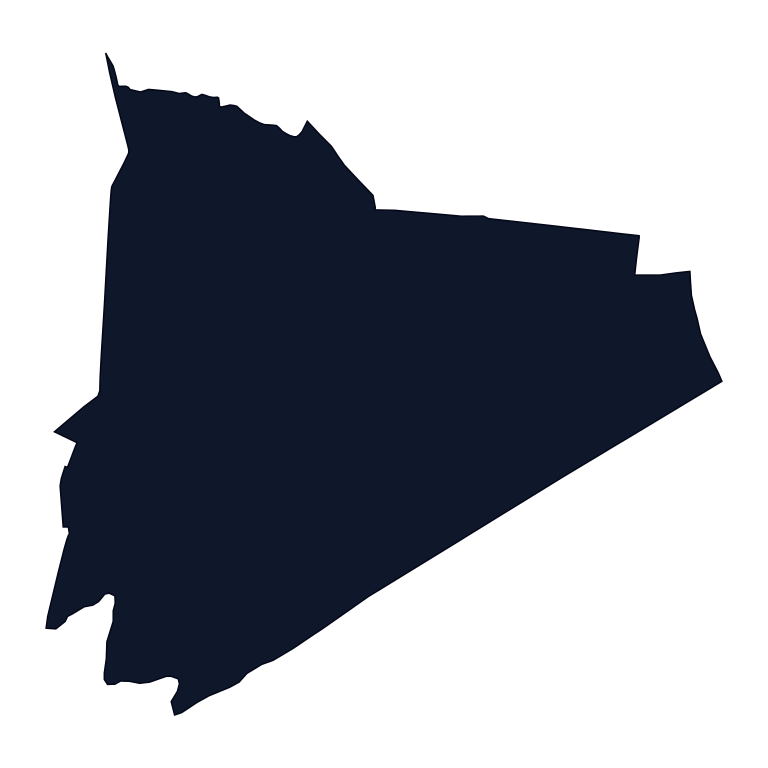 the district of Quan 6, Hồ Chí Minh city, Vietnam
{"feature_id": "81297802B35379290873600", "entity_name": "Quan 6", "entity_type": "district", "adm_level": 2, "iso_a3": "VNM", "parent_name": "Vietnam", "parent_adm1": "Hồ Chí Minh city", "projection": "albers", "projection_center": [106.632, 10.746], "detail": "fine", "context": "isolated", "style": "filled", "palette": "ink", "viewbox_px": 768, "rotation_deg": 0, "n_neighbors": 0, "source": "geoboundaries", "source_scale": "gbopen_adm2", "svg_char_len": 2187}
<svg xmlns="http://www.w3.org/2000/svg" viewBox="0 0 768 768"><path d="M46.1,628.2L55.8,628.9L65.2,621.4L67.5,616.4L72.6,613.8L84.1,606.8L92.9,605.1L98.6,601.6L104.9,594.0L109.2,593.2L114.9,595.8L115.2,603.3L113.2,610.9L113.2,621.4L106.9,641.7L106.3,658.9L104.3,673.1L104.3,679.5L107.5,684.4L114.9,684.2L120.6,681.0L129.5,681.3L139.7,683.3L149.7,682.1L166.3,676.3L171.2,676.3L178.3,678.9L179.4,683.9L177.4,691.4L171.2,701.6L174.6,715.0L181.7,712.6L196.9,702.5L208.9,695.8L230.0,687.1L239.1,682.1L246.9,673.4L261.7,664.4L273.1,660.3L293.1,648.4L308.8,637.8L313.9,634.3L321.6,629.3L338.5,617.5L368.1,596.7L460.5,540.0L464.8,537.3L503.7,513.3L505.7,512.1L561.6,477.7L612.3,447.2L643.7,428.4L721.9,381.3L718.1,372.5L709.9,356.7L700.5,333.7L699.8,330.4L698.9,326.5L697.1,318.4L694.8,310.4L691.4,295.2L690.6,283.5L690.5,282.2L689.9,271.4L675.9,272.9L660.0,275.1L634.7,275.1L636.6,257.8L639.2,237.4L639.1,235.7L619.3,233.5L562.4,226.9L488.5,218.6L483.9,216.3L483.4,216.1L461.1,216.2L394.8,210.3L375.0,209.9L375.3,207.6L373.0,195.4L357.8,179.6L349.0,170.2L344.4,165.3L340.9,160.3L339.0,157.7L333.1,148.8L331.4,146.3L319.1,133.9L307.3,121.2L304.1,127.5L302.0,131.7L299.0,135.0L296.6,136.7L294.2,136.8L289.7,135.5L285.9,133.5L282.3,131.3L279.6,128.3L276.5,125.6L272.6,125.1L264.2,124.6L259.7,122.9L254.1,119.9L248.0,115.7L244.3,113.2L236.9,106.3L233.9,105.5L230.1,105.0L225.7,106.1L220.9,107.1L219.4,106.1L219.3,103.1L218.6,97.9L217.4,97.2L213.6,97.5L209.4,96.8L204.7,95.1L201.9,94.4L197.1,96.8L194.6,96.9L191.8,96.1L187.2,93.4L185.7,92.7L179.2,93.5L171.8,91.6L155.6,90.0L148.5,89.4L140.5,92.0L130.0,89.5L128.4,87.4L126.1,86.3L121.7,86.3L118.8,86.4L117.8,84.9L116.3,77.7L114.1,69.3L113.0,65.8L107.7,56.9L105.7,53.0L109.6,72.5L115.3,97.2L126.3,139.8L127.9,146.0L128.9,150.5L128.6,153.2L127.7,155.2L124.3,162.4L113.5,183.3L112.3,185.3L111.6,187.5L111.1,191.5L110.4,201.0L108.0,239.6L104.5,302.8L101.2,356.8L100.1,378.2L99.8,390.8L97.9,396.2L84.1,406.6L54.4,431.8L77.1,442.7L75.5,446.2L69.4,462.4L67.4,467.4L65.1,466.5L61.3,478.5L60.1,485.9L63.2,527.0L68.4,527.0L69.4,534.2L68.5,535.0L66.7,540.1L64.1,549.2L58.1,573.0L47.7,616.4L46.1,628.2Z" fill="#0f172a" stroke="#020617" stroke-width="1.5"/></svg>